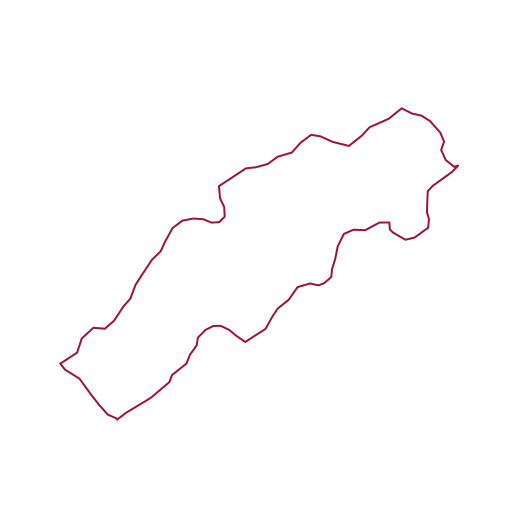 outline of Gävle, Gävleborg, Sweden, rotated 234°
{"feature_id": "70781695B31368722399437", "entity_name": "Gävle", "entity_type": "district", "adm_level": 2, "iso_a3": "SWE", "parent_name": "Sweden", "parent_adm1": "Gävleborg", "projection": "orthographic", "projection_center": [17.057, 60.688], "detail": "fine", "context": "isolated", "style": "outline", "palette": "rose", "viewbox_px": 512, "rotation_deg": 234, "n_neighbors": 0, "source": "geoboundaries", "source_scale": "gbopen_adm2", "svg_char_len": 1373}
<svg xmlns="http://www.w3.org/2000/svg" viewBox="0 0 512 512"><g transform="rotate(234 256 256)"><path d="M205.3,47.6L205.5,59.3L203.1,87.6L204.9,111.9L209.0,117.9L209.9,136.6L214.9,144.5L218.6,155.5L224.1,161.0L225.9,171.6L224.5,180.3L220.4,186.3L212.1,190.8L203.3,193.1L194.1,196.3L192.7,197.0L192.2,207.9L191.4,220.8L197.1,233.1L200.7,242.5L201.4,256.9L206.4,271.3L202.0,283.6L195.5,289.3L194.0,295.1L194.7,304.5L200.5,309.6L207.0,318.3L215.7,327.7L222.2,340.1L220.0,350.2L212.7,359.6L210.5,375.6L204.7,383.6L198.9,379.9L194.5,380.6L181.4,386.4L177.7,395.1L177.7,411.8L184.2,417.7L190.7,419.9L200.2,427.2L207.4,433.0L208.9,440.3L208.8,463.6L210.3,473.1L211.7,468.8L222.0,465.9L232.9,468.1L238.0,475.4L247.5,477.6L262.8,476.1L272.3,472.4L279.6,465.9L289.8,460.7L289.8,460.3L289.0,444.0L293.4,423.6L291.2,412.6L290.4,395.9L303.4,385.0L315.0,378.4L321.6,371.9L321.5,365.7L321.5,358.8L318.6,345.8L323.6,332.0L323.5,319.7L327.8,308.1L332.8,299.4L334.3,267.1L323.8,260.8L314.4,259.1L306.2,253.8L305.0,246.2L309.1,239.7L316.7,235.0L323.1,227.4L327.8,217.4L327.7,205.1L320.6,190.0L315.9,181.8L314.1,169.6L308.2,153.8L303.5,141.6L295.4,129.4L293.0,118.9L287.1,103.2L286.0,91.0L293.5,82.3L291.7,66.6L283.0,54.5L283.9,34.4L276.2,34.7L268.5,37.9L260.3,41.1L249.3,41.1L239.8,41.1L227.4,41.6L214.7,42.9L206.9,47.5L205.3,47.6Z" fill="none" stroke="#9f1239" stroke-width="2"/></g></svg>